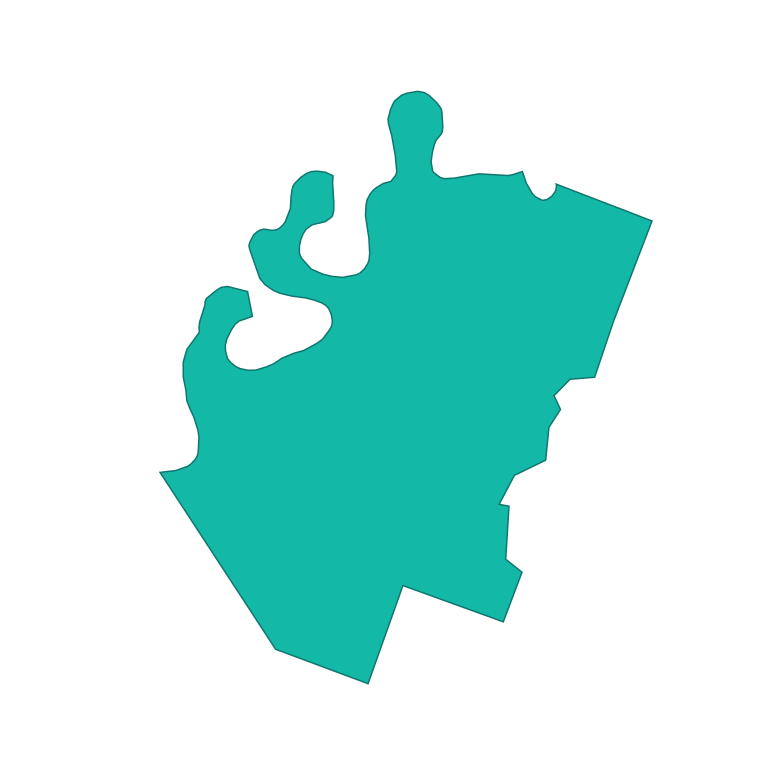 outline of Tunica, Mississippi, United States of America, rotated 21°
{"feature_id": "52423323B98518761698174", "entity_name": "Tunica", "entity_type": "district", "adm_level": 2, "iso_a3": "USA", "parent_name": "United States of America", "parent_adm1": "Mississippi", "projection": "orthographic", "projection_center": [-90.469, 34.658], "detail": "fine", "context": "isolated", "style": "filled", "palette": "teal", "viewbox_px": 768, "rotation_deg": 21, "n_neighbors": 0, "source": "geoboundaries", "source_scale": "gbopen_adm2", "svg_char_len": 2363}
<svg xmlns="http://www.w3.org/2000/svg" viewBox="0 0 768 768"><g transform="rotate(21 384 384)"><path d="M580.6,563.3L580.3,510.3L560.4,504.0L544.5,453.3L534.6,455.1L538.5,422.5L562.2,397.2L553.5,365.3L557.9,344.5L546.9,334.0L556.0,312.9L578.2,302.2L575.8,243.4L575.8,135.8L473.1,135.7L473.8,136.8L475.0,140.8L474.8,143.4L473.6,148.1L470.1,153.4L466.2,155.8L458.3,155.0L454.4,153.2L445.1,145.7L437.0,136.1L429.1,142.5L425.1,144.9L397.3,153.8L375.5,166.8L369.1,169.6L366.4,170.8L362.2,171.0L354.6,168.8L353.1,167.7L348.2,159.4L346.1,150.1L345.2,142.7L345.2,137.9L347.8,130.4L348.0,127.8L346.8,122.9L340.3,108.8L338.6,106.5L335.6,104.4L332.1,102.3L322.9,98.5L317.0,97.5L310.6,98.7L301.1,104.4L296.9,108.1L292.7,115.6L292.1,118.1L291.7,125.3L292.8,135.0L294.8,139.3L302.3,149.5L313.0,167.3L319.9,181.4L320.1,185.1L317.8,192.4L311.4,197.1L306.2,203.9L304.5,207.0L302.9,212.0L302.2,218.4L303.2,223.7L306.4,233.5L317.9,253.8L323.8,267.1L325.7,274.0L325.6,278.0L324.4,283.6L321.9,288.9L318.9,292.1L306.9,299.4L297.0,302.1L287.8,303.4L274.9,302.8L261.8,296.1L258.2,292.3L255.5,285.2L254.6,279.1L254.6,273.1L255.9,267.1L260.0,261.0L271.1,253.4L275.3,246.8L275.6,245.3L275.1,240.9L272.9,234.4L263.8,214.3L261.8,207.9L253.6,207.3L245.1,209.3L239.9,211.8L236.2,215.2L232.3,220.8L228.7,228.9L228.2,232.2L228.5,235.5L230.1,242.5L233.7,253.6L233.7,268.0L232.5,272.1L230.5,276.2L228.7,278.1L226.0,280.0L223.1,281.1L220.0,281.6L216.3,282.5L212.7,285.1L210.8,287.7L208.9,291.4L208.0,298.9L208.1,302.0L208.7,303.9L210.5,306.6L230.2,329.9L237.3,333.9L247.2,336.3L254.3,336.6L266.7,334.9L280.0,331.7L289.7,330.6L296.7,330.6L301.5,331.4L305.6,333.6L309.7,337.8L313.1,343.4L314.3,347.7L314.0,351.9L310.7,363.9L306.9,369.9L297.0,381.5L288.7,387.7L279.9,396.0L273.5,404.9L268.4,409.9L259.3,417.0L251.9,420.0L244.1,421.2L239.1,420.8L232.5,418.6L228.6,416.1L224.4,410.2L222.0,404.8L221.1,398.2L222.2,387.5L223.6,381.7L226.1,377.2L236.9,368.0L223.5,346.6L203.0,349.0L197.3,352.2L194.0,356.6L187.5,367.9L187.4,370.8L188.6,374.7L189.6,391.5L190.9,397.2L192.9,401.4L192.9,402.5L192.5,404.1L187.6,422.2L188.7,435.5L194.2,449.6L201.2,460.6L205.9,470.2L211.2,476.1L218.4,483.1L226.9,493.9L230.3,499.8L235.2,515.0L235.4,518.4L234.9,521.7L232.5,527.8L230.4,531.0L220.8,539.3L206.6,546.8L377.9,670.5L476.5,669.5L473.9,565.4L580.6,563.3Z" fill="#14b8a6" stroke="#0f766e" stroke-width="1.5"/></g></svg>